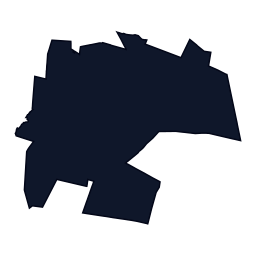 outline of Mier y Noriega, Nuevo León, Mexico
{"feature_id": "50627088B47586163134003", "entity_name": "Mier y Noriega", "entity_type": "district", "adm_level": 2, "iso_a3": "MEX", "parent_name": "Mexico", "parent_adm1": "Nuevo León", "projection": "orthographic", "projection_center": [-100.208, 23.402], "detail": "fine", "context": "isolated", "style": "filled", "palette": "ink", "viewbox_px": 256, "rotation_deg": 0, "n_neighbors": 0, "source": "geoboundaries", "source_scale": "gbopen_adm2", "svg_char_len": 3319}
<svg xmlns="http://www.w3.org/2000/svg" viewBox="0 0 256 256"><path d="M226.9,74.5L225.8,74.2L218.0,70.2L208.5,66.0L210.8,52.3L204.1,51.3L197.3,45.8L196.6,45.0L189.8,39.5L181.0,57.7L145.1,44.1L146.8,40.0L145.7,39.8L144.2,39.8L141.8,39.3L140.5,38.0L138.3,35.7L135.1,34.8L132.8,35.2L128.7,34.8L126.0,34.4L124.3,33.7L124.1,33.6L123.7,33.5L123.1,33.5L122.8,33.7L122.5,33.8L122.2,33.8L120.1,33.1L119.7,32.9L119.4,32.9L118.7,32.6L118.3,32.5L117.6,32.4L117.1,32.2L120.9,39.1L124.3,45.8L124.9,46.8L126.2,49.4L126.2,49.5L110.4,45.1L110.4,44.9L109.6,44.7L109.0,44.5L108.7,44.4L107.1,44.0L107.0,43.9L106.9,43.9L106.6,43.8L105.5,43.5L105.2,43.4L103.8,43.0L103.1,42.8L102.6,42.7L102.4,43.1L99.3,43.0L97.6,43.4L93.1,44.3L91.7,44.6L90.4,44.8L89.8,44.9L89.3,45.0L88.8,45.1L88.6,45.2L88.3,45.2L88.1,45.3L87.9,45.3L87.3,45.4L86.8,45.5L86.7,45.5L86.3,45.6L85.3,45.8L84.3,46.0L83.6,46.1L83.3,46.2L83.0,46.3L82.7,46.3L82.2,46.4L81.9,46.5L81.7,46.5L81.0,46.7L80.5,46.8L80.3,48.1L79.5,54.4L79.4,54.3L74.7,51.3L74.4,51.4L74.4,52.8L73.1,52.0L73.5,51.2L73.6,50.6L71.2,49.1L70.9,48.9L70.9,47.5L70.9,46.5L70.9,45.3L70.9,43.3L70.8,41.4L62.9,40.9L52.0,40.2L51.5,41.8L51.0,43.4L49.3,49.1L47.7,54.0L47.1,62.9L47.0,63.9L46.9,65.0L46.8,66.0L46.6,70.1L46.4,71.0L46.4,71.7L46.4,72.3L46.0,79.1L34.8,76.4L32.7,102.9L32.5,106.5L32.3,108.2L32.3,108.8L32.5,109.0L32.9,109.4L33.0,109.5L32.5,109.7L31.6,110.8L31.4,111.1L30.9,111.4L29.9,112.1L29.5,112.7L29.7,112.9L29.4,113.4L28.9,113.6L29.0,114.3L28.9,114.4L28.2,114.5L27.6,114.7L27.5,115.0L27.3,115.2L27.1,115.6L26.8,116.1L26.0,117.4L27.0,117.3L27.4,118.1L27.2,118.5L27.1,118.8L27.2,119.5L27.7,119.7L27.9,120.1L28.3,120.3L28.3,121.1L28.2,121.6L27.7,122.0L25.8,122.0L25.4,122.4L23.7,122.6L24.0,123.1L21.8,124.3L21.2,125.3L20.8,126.2L20.4,126.8L20.1,126.9L19.4,127.6L18.8,128.6L18.4,128.8L17.3,128.0L16.6,129.2L16.9,129.4L16.4,130.4L16.2,131.3L16.4,131.3L16.2,132.1L15.4,133.3L15.5,133.4L15.7,134.4L15.8,134.4L16.2,135.8L26.1,139.0L30.8,140.5L31.1,140.6L32.0,140.9L33.7,141.4L29.4,147.2L28.4,148.6L26.9,151.2L26.8,151.5L26.7,151.7L24.4,189.9L24.6,190.8L29.4,208.1L32.4,205.8L42.5,207.1L55.2,182.5L56.8,179.4L57.8,179.6L86.5,186.3L86.8,186.3L87.0,185.1L87.2,183.9L87.4,182.0L87.6,181.1L87.7,180.5L87.8,179.5L88.5,179.7L88.9,179.8L90.7,180.3L93.9,181.2L93.6,182.0L92.8,184.5L92.3,185.7L91.4,188.2L90.9,189.7L90.5,190.7L90.3,191.5L90.2,191.6L89.3,194.3L88.6,196.1L88.4,196.8L87.7,198.7L87.4,199.7L86.7,201.5L82.7,212.9L91.8,214.3L103.0,216.0L106.7,216.5L110.2,217.1L111.5,217.3L112.0,217.4L113.2,217.6L116.1,218.0L121.4,218.8L121.5,218.8L124.4,219.2L128.2,219.8L130.2,220.1L130.4,220.1L133.3,220.6L137.2,221.3L146.8,223.5L147.7,223.8L148.0,222.8L151.6,208.5L156.1,192.4L159.2,187.3L160.0,182.0L160.0,181.8L154.9,179.1L152.6,177.9L145.5,173.9L135.3,168.4L134.3,167.8L133.4,167.3L130.7,165.8L128.9,164.8L128.2,164.4L127.3,164.0L125.5,163.0L131.1,158.5L135.5,154.9L138.0,152.8L139.2,151.1L140.3,150.4L140.8,149.9L141.6,149.3L142.8,148.1L143.2,147.8L146.5,143.7L152.7,138.2L152.8,138.1L158.8,131.5L175.8,131.3L181.9,132.0L184.0,132.2L195.3,133.5L197.0,133.4L201.9,133.1L202.5,133.1L204.0,133.1L206.5,133.1L206.8,133.2L209.1,133.3L216.3,135.0L233.5,139.0L234.1,139.1L240.6,140.6L239.2,133.8L237.5,125.6L237.4,125.2L237.0,122.9L235.7,116.8L227.7,78.5L226.9,74.5Z" fill="#0f172a" stroke="#020617" stroke-width="1.5"/></svg>